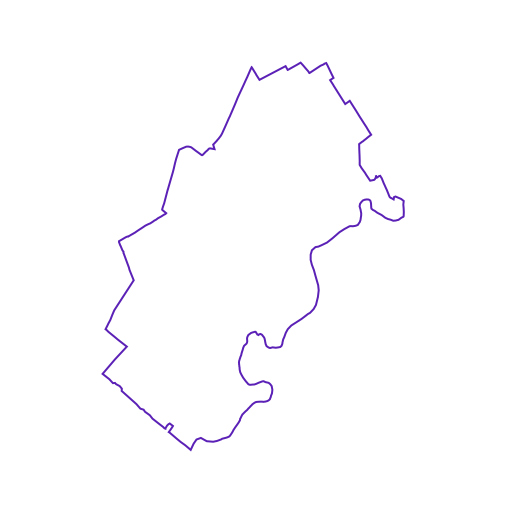 the district of Mihailesti, Giurgiu, Romania, rotated 101°
{"feature_id": "2599482B73686202162005", "entity_name": "Mihailesti", "entity_type": "district", "adm_level": 2, "iso_a3": "ROU", "parent_name": "Romania", "parent_adm1": "Giurgiu", "projection": "equal_earth", "projection_center": [25.91, 44.314], "detail": "fine", "context": "isolated", "style": "outline", "palette": "violet", "viewbox_px": 512, "rotation_deg": 101, "n_neighbors": 0, "source": "geoboundaries", "source_scale": "gbopen_adm2", "svg_char_len": 6043}
<svg xmlns="http://www.w3.org/2000/svg" viewBox="0 0 512 512"><g transform="rotate(101 256 256)"><path d="M401.0,384.1L404.9,376.5L408.1,372.2L407.5,370.2L408.5,368.9L409.7,365.0L411.8,362.4L414.1,362.1L424.2,345.1L427.9,340.4L428.3,337.0L430.1,335.2L432.6,329.8L435.4,326.6L439.0,319.6L441.5,314.6L442.6,313.0L442.8,311.9L442.1,311.9L439.4,310.9L437.8,309.8L436.9,308.7L438.7,305.1L439.1,305.2L440.6,305.8L443.1,306.9L445.5,308.0L445.8,307.2L447.6,304.0L450.5,298.9L453.0,294.3L455.3,289.3L458.8,283.1L452.1,281.4L447.5,279.4L445.1,275.4L447.2,269.0L446.5,262.6L445.0,259.0L442.7,255.2L441.8,254.3L440.8,252.1L439.7,249.9L438.6,248.2L437.7,247.4L436.2,246.7L435.2,246.3L434.5,246.0L433.8,245.7L433.1,245.5L432.2,245.2L431.5,245.0L430.7,244.8L429.7,244.3L428.6,243.9L424.7,242.1L423.7,241.7L422.9,241.3L421.7,240.9L420.8,240.6L420.0,240.4L418.9,240.5L418.3,240.3L417.8,240.1L417.3,240.0L416.1,239.7L414.1,239.1L413.5,238.6L412.8,238.2L412.2,237.8L410.3,236.5L409.6,235.9L408.8,235.3L407.0,234.3L406.2,233.7L404.2,232.5L403.4,231.9L402.3,231.3L400.8,229.9L399.6,228.6L399.0,227.2L398.6,225.7L398.2,224.1L397.8,222.0L397.8,221.1L397.5,220.2L397.2,219.2L396.3,217.3L395.7,216.5L395.1,215.9L393.9,215.0L393.2,215.0L392.2,214.7L391.4,214.6L390.4,214.6L388.8,214.3L387.7,214.1L387.3,214.2L386.7,214.2L385.2,214.3L383.9,214.5L382.2,215.2L380.7,215.8L379.4,217.2L378.7,218.2L378.1,219.4L378.0,222.0L378.0,222.7L377.6,224.1L377.5,224.8L377.9,225.9L379.9,229.2L381.4,231.3L382.4,233.0L382.8,234.6L383.6,237.3L383.5,238.4L383.2,239.2L381.9,240.8L381.0,242.0L380.1,243.0L379.1,244.1L378.2,245.1L377.0,246.2L375.1,247.8L373.1,249.3L370.5,250.4L368.8,250.8L367.5,251.3L366.4,251.6L365.7,251.9L364.8,252.1L363.8,252.4L362.1,252.5L360.7,252.3L360.1,252.3L359.0,252.1L358.4,252.1L357.5,251.9L356.1,251.6L354.5,251.6L352.4,251.4L350.9,251.2L349.5,251.1L348.3,251.0L347.6,250.8L346.5,250.6L345.4,249.8L344.8,249.3L344.0,248.7L342.8,248.3L341.6,248.3L340.3,248.6L339.0,249.0L337.5,249.1L335.1,248.5L334.3,247.8L333.3,246.9L332.5,246.2L331.8,245.0L330.6,242.6L330.5,241.9L331.3,241.1L332.8,239.7L333.1,238.5L332.3,238.0L331.7,236.8L332.0,235.5L332.4,234.8L333.2,234.0L333.7,233.3L334.5,232.5L335.3,231.9L336.9,231.2L339.2,230.3L340.8,229.6L341.9,228.8L342.5,228.4L343.3,226.5L343.6,225.4L343.6,225.1L343.6,224.5L343.2,223.7L342.5,222.3L342.3,219.1L341.4,216.5L340.7,214.8L339.3,213.8L337.2,213.4L335.7,213.5L332.7,213.4L330.2,212.8L325.7,212.1L321.7,210.8L317.5,208.1L309.1,199.3L303.0,193.9L301.5,192.1L297.1,189.3L292.6,187.8L284.4,187.4L277.7,187.9L272.8,189.4L264.4,193.7L258.9,196.4L253.9,199.5L249.4,201.6L244.2,202.6L239.7,202.2L235.9,199.3L234.9,196.6L233.1,194.0L229.3,188.9L224.0,184.3L216.7,178.6L212.7,174.4L210.4,171.6L209.0,169.9L208.6,168.8L208.3,166.5L207.3,163.9L206.1,162.0L202.8,160.6L200.6,160.3L198.6,160.4L196.2,160.5L193.9,160.9L190.4,162.3L187.5,163.8L184.9,163.8L182.8,162.8L181.0,161.6L179.8,159.6L179.8,159.2L179.4,158.4L179.1,156.3L179.4,155.1L180.1,154.2L182.2,153.2L186.9,152.0L187.6,151.6L188.5,150.0L189.0,148.1L190.4,145.2L191.8,140.5L193.8,136.4L194.5,133.6L194.7,130.7L195.2,128.0L194.6,125.8L193.3,123.0L191.8,121.6L190.7,120.6L190.1,119.8L189.6,119.1L189.1,118.7L188.5,118.7L187.8,118.8L184.6,119.3L180.9,120.2L177.4,121.2L173.8,121.5L172.3,124.4L171.0,130.4L171.8,131.7L174.2,131.7L173.3,134.3L173.3,134.7L172.9,135.6L172.6,136.0L172.1,136.3L171.7,136.7L170.7,137.3L166.2,140.2L164.3,141.6L163.0,142.5L161.3,143.7L160.2,144.5L155.7,147.4L154.8,148.3L153.9,149.1L153.6,149.4L154.0,150.2L154.1,150.4L154.5,150.9L155.5,151.7L155.8,152.0L156.1,152.5L154.7,153.3L154.8,153.5L155.5,153.3L155.9,153.3L156.4,153.5L157.3,153.8L158.0,154.0L158.4,154.3L158.7,154.5L158.9,154.9L160.3,158.3L160.2,158.4L155.5,163.1L153.4,165.0L149.7,169.0L146.8,171.6L144.8,172.0L143.1,172.3L138.2,173.4L130.2,175.3L128.6,175.6L126.6,176.1L126.4,176.1L123.7,173.7L122.8,172.7L122.1,172.2L119.7,170.1L118.3,169.0L115.0,166.1L110.8,170.1L108.5,172.1L105.0,175.5L101.3,179.0L100.1,180.2L98.9,181.3L97.7,182.4L94.1,185.7L85.8,193.6L87.1,194.8L89.8,197.4L89.6,197.6L74.3,212.0L72.8,213.3L69.2,216.8L68.1,215.7L66.4,213.9L64.8,215.1L63.8,215.9L59.6,219.0L55.8,221.8L53.9,223.3L53.2,223.9L54.0,225.2L54.2,225.6L54.6,225.8L54.8,225.9L55.6,227.0L56.4,228.2L56.9,228.9L66.2,238.4L66.2,238.6L65.4,239.3L64.7,240.0L62.7,242.6L59.9,246.1L59.0,247.3L57.7,249.1L58.2,249.7L60.0,251.7L67.2,260.2L67.3,260.4L64.0,263.2L82.4,286.2L78.1,290.3L77.4,290.8L75.8,292.3L73.1,294.8L72.0,295.8L71.6,296.1L71.5,296.3L74.1,297.0L81.8,298.7L87.0,300.0L88.8,300.4L92.1,301.2L103.3,304.0L105.6,304.5L105.8,304.5L106.3,304.6L111.3,305.6L120.1,307.5L122.3,308.0L123.9,308.3L125.5,308.8L135.2,311.0L142.3,312.7L144.1,313.3L144.9,313.6L145.7,314.0L148.1,315.2L149.6,316.1L150.1,316.3L153.8,318.6L154.8,319.3L159.0,317.1L159.1,321.6L159.2,321.8L159.4,322.3L159.6,322.6L160.0,322.9L160.4,323.2L160.8,323.4L161.2,323.6L162.1,324.3L163.2,325.2L166.9,327.6L167.2,327.9L167.2,328.3L167.3,328.5L167.2,328.8L165.3,332.8L164.3,335.0L161.9,339.8L161.7,340.3L161.6,340.8L161.5,341.5L161.5,343.2L161.8,344.8L162.1,345.5L164.4,348.9L165.9,351.0L166.5,351.8L175.8,352.9L180.2,353.2L186.2,353.4L189.5,353.6L200.5,354.6L207.3,355.2L207.6,355.2L207.7,355.3L221.8,356.2L225.1,356.7L227.8,357.0L228.2,357.0L228.4,356.9L228.5,356.9L228.7,356.7L231.1,352.3L231.6,352.6L232.2,353.1L233.1,354.3L235.3,356.6L237.6,359.4L239.5,361.1L239.8,361.5L240.5,362.4L240.8,362.7L242.2,364.0L244.1,366.0L244.4,366.4L244.9,367.2L245.6,368.2L247.3,370.4L250.5,373.6L252.5,375.7L253.7,376.9L255.4,378.6L255.8,378.9L261.0,384.9L261.2,385.0L261.2,385.4L261.5,386.0L262.2,387.1L262.5,387.5L267.1,392.7L267.6,393.3L268.4,393.2L270.0,392.2L271.6,391.2L272.0,390.8L275.9,388.2L276.5,387.6L276.9,387.0L277.4,386.8L278.3,386.7L278.8,386.3L282.1,384.3L283.6,383.4L291.5,378.6L293.8,377.5L303.2,371.4L336.4,384.8L341.1,385.8L346.6,386.8L350.7,388.1L352.0,388.4L353.4,388.8L356.6,389.7L357.1,388.6L358.6,386.4L361.6,380.8L362.9,378.4L364.3,375.9L369.6,365.5L384.2,374.6L401.0,384.1Z" fill="none" stroke="#5b21b6" stroke-width="2"/></g></svg>